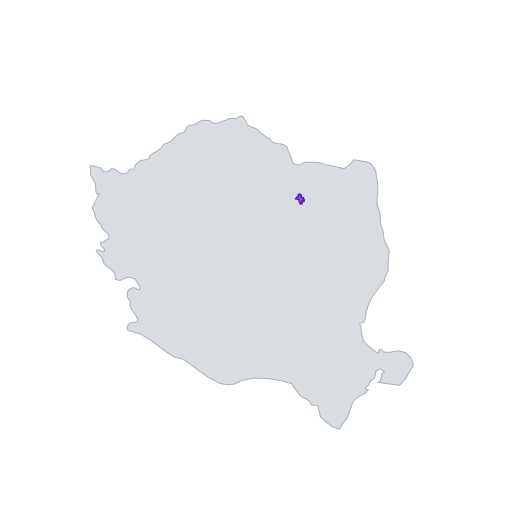 location of Panaci, Suceava, Romania, rotated 24°
{"feature_id": "2599482B10170445838699", "entity_name": "Panaci", "entity_type": "district", "adm_level": 2, "iso_a3": "ROU", "parent_name": "Romania", "parent_adm1": "Suceava", "projection": "orthographic", "projection_center": [25.439, 47.202], "detail": "fine", "context": "in_parent", "style": "filled", "palette": "violet", "viewbox_px": 512, "rotation_deg": 24, "n_neighbors": 0, "source": "geoboundaries", "source_scale": "gbopen_adm2", "svg_char_len": 5670}
<svg xmlns="http://www.w3.org/2000/svg" viewBox="0 0 512 512"><g transform="rotate(24 256 256)"><path d="M384.0,283.7L388.4,289.5L393.9,292.4L406.4,295.2L407.5,294.8L407.6,294.2L406.7,293.3L406.5,292.2L407.1,290.9L408.8,290.7L411.6,291.8L416.9,289.8L424.5,284.8L431.7,283.4L438.4,285.9L441.9,288.9L444.2,291.9L443.7,295.7L443.5,298.1L442.2,308.0L441.2,311.7L439.5,315.9L419.2,321.8L420.4,319.4L419.7,315.3L418.7,312.3L420.5,309.4L415.8,308.6L413.9,310.2L412.4,313.0L414.1,319.1L412.0,322.6L411.2,324.6L411.3,329.1L410.0,331.1L409.9,333.2L413.1,332.5L411.8,336.5L405.9,344.3L403.9,348.9L405.1,366.6L402.8,377.3L402.7,380.4L396.0,380.8L394.0,380.6L387.6,379.3L380.5,376.7L376.1,371.4L373.4,367.5L367.5,369.5L366.3,369.0L364.6,367.2L360.1,366.1L354.5,366.2L341.9,359.3L340.5,358.1L330.7,359.5L316.1,363.3L304.9,367.8L293.4,375.7L288.7,381.6L283.2,384.8L275.4,387.1L261.5,386.2L247.0,383.2L231.5,379.8L223.1,381.5L211.8,379.9L194.7,375.8L182.0,374.3L169.4,376.1L167.3,374.4L166.9,372.4L167.5,369.6L169.3,367.4L172.4,365.8L174.1,364.2L174.3,362.4L171.0,359.5L164.1,355.4L161.4,352.9L160.7,352.3L160.6,350.1L159.2,348.3L156.5,347.0L154.5,344.6L153.2,341.3L153.6,338.2L155.8,335.4L158.5,334.3L161.8,334.8L163.2,334.0L162.7,332.0L159.6,329.3L153.8,325.9L147.8,327.4L141.5,333.7L137.1,334.6L134.6,330.0L129.9,327.2L123.1,326.0L119.0,324.1L117.5,321.5L114.6,319.4L108.2,317.0L108.2,315.0L109.3,314.6L111.6,314.5L114.8,314.2L115.3,313.1L115.4,312.1L113.0,310.6L110.5,309.6L109.3,308.7L108.5,307.6L108.4,306.6L109.2,305.9L110.2,305.9L111.2,305.4L111.9,303.0L113.3,301.1L114.3,300.4L114.3,299.0L113.4,297.5L112.1,296.3L110.1,295.5L104.0,293.1L101.0,290.0L99.1,289.8L96.1,288.1L93.0,285.4L90.4,281.7L87.4,279.2L86.7,278.2L86.7,277.3L87.3,276.4L87.3,275.3L86.7,271.8L87.5,268.1L87.5,264.7L87.6,263.1L87.0,262.6L86.5,263.1L85.7,263.7L84.9,263.8L82.8,261.1L80.3,255.8L78.5,254.0L74.9,251.4L71.9,249.2L69.9,244.8L67.8,241.3L69.4,240.1L78.5,238.7L82.5,240.9L84.4,240.3L86.3,238.9L87.4,237.7L87.7,236.4L88.7,234.8L91.7,234.2L99.7,235.7L103.0,233.6L104.3,232.4L105.1,229.7L106.1,227.5L109.0,226.5L109.1,224.5L108.7,222.2L110.7,217.4L111.8,215.5L113.4,214.8L115.4,213.4L119.0,210.3L118.3,207.5L119.1,205.4L122.8,200.6L125.7,195.8L125.8,193.4L126.3,191.3L128.8,189.1L131.4,186.1L135.1,176.8L136.3,175.3L138.5,173.6L140.1,171.8L140.6,165.6L142.1,163.9L145.1,162.0L148.0,158.8L150.5,155.1L152.3,153.4L154.6,153.0L157.2,151.6L160.1,151.1L162.8,152.0L164.6,151.7L167.2,149.9L174.2,143.1L175.2,141.7L176.6,140.8L182.1,138.5L183.5,136.1L185.4,134.0L187.8,134.3L195.5,139.9L204.0,139.7L205.5,140.0L206.0,140.1L207.0,140.6L218.1,143.5L219.9,143.2L220.3,143.0L224.8,145.3L228.8,145.0L232.6,143.6L236.6,143.1L240.2,144.0L242.9,147.2L250.0,153.8L252.1,156.3L255.4,156.0L259.0,154.8L262.7,150.4L274.0,145.4L282.6,144.1L291.0,142.1L300.7,140.6L303.4,136.5L305.0,133.7L306.0,128.5L311.2,126.9L316.1,125.8L317.9,125.1L321.5,124.9L324.3,125.3L328.6,127.7L331.7,130.9L333.0,133.4L335.6,136.9L338.5,141.9L341.6,148.5L342.4,151.9L343.6,155.6L346.0,160.0L350.4,164.8L351.1,165.7L353.1,169.1L357.1,176.7L360.4,179.7L363.2,183.0L364.7,186.4L366.8,189.4L371.6,193.3L375.5,196.8L378.9,207.4L381.2,212.2L382.7,215.9L382.3,223.5L383.3,226.7L381.7,232.6L378.9,244.7L378.5,254.1L379.2,259.2L379.4,262.5L380.2,264.6L381.2,268.9L381.5,272.6L380.4,273.7L378.8,274.7L378.2,275.5L379.7,277.1L381.9,280.2L384.0,283.7Z" fill="#d9dde1" stroke="#a8b0b8" stroke-width="1"/><path d="M275.2,190.0L275.5,189.6L275.6,189.8L275.8,189.8L276.0,189.9L276.2,189.7L276.3,189.7L276.2,189.6L276.2,189.4L276.2,189.2L276.3,188.7L276.4,188.4L276.5,188.4L276.5,188.2L276.7,187.9L276.8,187.8L276.8,187.7L276.8,187.4L276.8,187.2L276.7,187.1L276.6,186.9L276.6,187.0L276.4,187.0L276.2,187.2L275.9,187.0L275.7,187.0L275.6,186.9L275.5,186.7L275.4,186.6L275.5,186.5L275.6,186.4L275.7,186.5L275.8,186.5L275.9,186.4L275.9,186.2L276.0,186.2L276.2,186.3L276.3,186.3L276.5,186.3L276.5,186.2L276.8,185.9L276.9,186.0L277.0,186.1L277.3,186.2L277.6,186.3L277.6,186.2L277.4,186.0L277.4,185.9L277.3,185.7L277.3,185.4L277.3,185.2L277.2,185.2L276.9,184.9L276.7,184.8L276.6,184.6L276.5,184.4L276.4,184.4L276.2,184.3L276.1,184.2L275.9,184.1L275.8,183.9L275.7,183.9L275.4,183.8L275.4,183.7L275.3,183.8L275.2,183.8L274.9,183.8L274.7,183.8L274.4,183.7L274.3,183.8L274.1,183.9L274.1,184.0L273.9,183.9L273.8,184.0L273.7,183.9L273.6,184.0L273.3,184.1L273.2,183.9L273.1,183.7L273.1,183.4L272.9,183.2L272.9,182.9L272.8,182.7L272.7,182.6L272.7,182.3L272.7,182.2L272.5,181.9L272.4,181.9L272.3,181.7L272.2,181.7L272.2,181.9L271.9,182.0L271.7,182.1L270.8,181.8L270.6,181.8L270.5,181.7L270.4,181.8L270.3,182.0L270.2,182.0L270.0,182.3L270.1,182.5L269.9,182.7L269.9,182.8L269.7,182.9L269.8,183.1L270.0,183.1L270.0,183.3L269.9,183.3L270.0,183.5L270.2,183.8L270.3,183.8L270.2,183.9L270.3,184.1L270.4,184.3L270.5,184.4L270.5,184.5L270.4,184.6L270.4,184.8L270.2,184.8L270.1,185.0L269.9,185.0L269.9,185.3L269.7,185.4L269.7,185.5L269.5,185.8L269.4,185.8L269.4,186.0L269.2,186.2L269.3,186.7L269.4,187.1L269.1,187.2L268.9,187.4L268.8,187.5L268.7,187.6L268.6,187.8L268.4,187.9L268.5,187.9L268.8,187.8L268.8,187.7L269.0,187.6L269.3,187.5L269.5,187.4L269.8,187.3L269.8,187.2L270.1,187.1L270.3,187.2L270.3,187.3L270.5,187.3L270.8,187.2L271.0,187.1L271.4,187.0L271.5,187.0L272.1,186.9L272.3,186.9L272.5,186.9L272.6,187.0L272.6,187.3L272.6,187.5L272.7,187.8L272.8,187.8L272.9,188.0L273.0,188.0L273.1,188.3L273.2,188.5L273.3,188.5L273.5,188.6L273.5,188.8L273.7,189.0L273.8,189.1L274.0,189.2L274.1,189.3L274.3,189.4L274.3,189.5L274.5,189.7L274.8,189.8L274.9,189.7L274.9,189.8L275.0,189.9L275.1,190.0L275.1,189.9L275.1,190.0L275.2,190.0Z" fill="#8b5cf6" stroke="#5b21b6" stroke-width="1.5"/></g></svg>